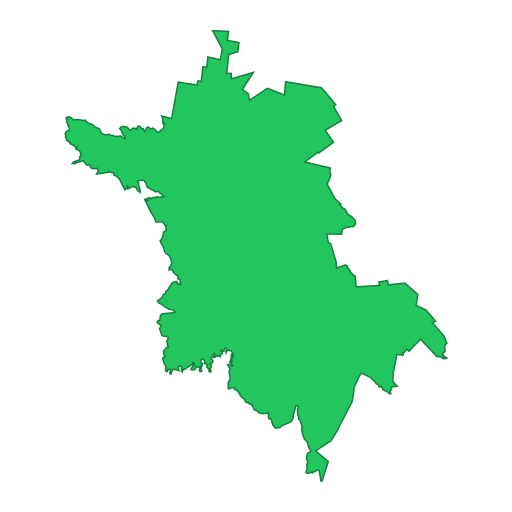 outline of Carichí, Chihuahua, Mexico
{"feature_id": "50627088B74180919977199", "entity_name": "Carichí", "entity_type": "district", "adm_level": 2, "iso_a3": "MEX", "parent_name": "Mexico", "parent_adm1": "Chihuahua", "projection": "robinson", "projection_center": [-107.184, 27.8], "detail": "fine", "context": "isolated", "style": "filled", "palette": "green", "viewbox_px": 512, "rotation_deg": 0, "n_neighbors": 0, "source": "geoboundaries", "source_scale": "gbopen_adm2", "svg_char_len": 6056}
<svg xmlns="http://www.w3.org/2000/svg" viewBox="0 0 512 512"><path d="M164.1,363.4L166.1,366.7L165.3,369.9L166.6,371.7L167.4,371.6L168.1,369.1L170.6,369.4L169.7,372.9L170.4,374.1L171.1,374.0L171.8,371.2L173.3,369.1L179.0,370.6L178.3,367.3L179.4,365.7L181.6,367.1L181.4,371.0L182.3,371.9L183.1,369.5L184.1,369.6L190.9,365.2L193.1,364.8L192.5,363.1L193.2,362.3L194.1,362.9L194.6,364.8L191.2,368.1L191.0,369.6L194.2,369.9L195.6,368.6L196.2,366.6L199.0,367.4L199.9,366.7L199.4,370.7L200.2,371.7L201.8,371.0L201.0,369.0L202.6,363.6L201.1,363.1L200.6,360.9L201.4,359.4L203.1,358.9L204.7,360.6L204.6,363.6L207.4,364.4L206.6,366.9L209.0,369.1L209.0,371.6L210.6,372.0L211.1,371.3L210.3,369.6L211.5,365.5L210.0,363.8L210.8,363.0L212.1,363.1L212.9,361.7L212.8,360.2L211.2,358.7L211.2,357.4L212.0,356.8L214.5,357.6L215.4,356.8L213.2,355.0L213.5,353.7L214.4,353.4L216.8,356.4L218.9,355.8L220.2,356.7L220.3,355.3L222.4,353.5L221.0,350.2L221.3,349.7L223.4,351.5L224.0,351.1L224.6,348.4L225.5,348.2L226.8,349.6L225.8,351.5L226.1,352.7L226.7,350.9L227.8,350.3L231.2,350.9L232.9,353.3L231.6,353.9L231.3,355.7L233.2,354.9L233.7,355.8L231.2,356.9L231.3,357.6L232.3,357.7L232.0,358.9L230.8,358.9L231.9,360.7L230.4,360.7L229.7,362.4L230.6,363.0L231.9,361.6L231.2,363.3L233.1,365.7L231.8,366.2L230.4,364.9L228.2,364.3L227.7,364.8L229.9,368.4L229.1,372.3L230.2,377.9L229.7,380.3L228.4,381.7L228.1,384.0L228.7,385.4L227.9,387.0L228.6,388.9L233.0,387.6L234.6,388.1L234.5,389.3L237.8,391.1L241.0,396.4L243.5,398.6L244.3,398.4L245.5,402.1L248.8,403.0L249.3,404.1L251.3,403.9L254.4,409.9L257.5,411.0L259.1,413.0L263.6,413.7L268.4,413.0L268.6,418.7L271.0,418.9L272.9,425.1L275.5,428.2L280.1,427.5L281.4,426.0L291.0,421.8L293.1,418.5L293.3,415.3L296.0,405.6L298.2,406.2L298.3,407.6L297.5,408.6L297.6,414.8L299.0,417.9L298.5,418.8L300.0,420.4L302.1,426.3L301.8,429.3L302.7,434.9L304.5,439.1L307.4,442.2L308.4,446.4L309.8,449.6L310.9,450.3L310.7,451.6L307.5,453.3L306.9,455.4L306.5,458.4L307.9,462.9L306.7,464.0L307.2,468.5L306.0,472.0L306.4,473.1L307.8,473.4L311.3,472.4L312.2,473.0L312.7,471.9L313.8,472.1L317.3,470.1L319.2,470.8L321.0,481.3L322.1,480.9L328.3,461.6L315.7,450.9L331.0,440.7L335.7,433.3L352.1,401.8L354.0,390.3L353.6,388.7L359.5,375.7L361.7,373.1L370.0,377.2L375.1,381.8L376.1,383.8L378.7,384.8L378.8,386.3L379.6,387.1L381.6,386.5L383.0,389.8L387.7,392.0L389.7,394.0L390.9,393.5L390.0,391.5L391.5,388.8L391.5,386.9L397.1,386.3L392.7,381.1L393.4,371.9L396.9,354.5L403.2,355.1L403.1,353.0L404.5,352.2L406.6,348.9L409.0,351.3L420.5,339.2L436.8,356.5L441.6,357.1L442.5,358.4L443.2,358.1L443.9,358.8L446.8,358.2L446.7,357.6L443.9,356.6L443.2,354.7L442.4,354.3L442.5,353.4L444.9,351.7L445.2,349.4L444.5,347.2L445.2,344.9L446.9,343.3L444.1,336.2L432.1,322.3L435.6,321.3L426.1,310.0L416.1,305.3L417.8,294.4L404.8,283.1L388.3,284.8L387.4,280.5L378.9,282.1L379.7,285.4L356.2,286.9L355.2,275.9L354.0,275.6L350.6,272.3L349.1,269.1L347.4,267.6L347.5,265.9L345.2,265.0L336.5,268.1L336.3,262.5L330.6,243.5L328.3,242.6L326.8,233.9L341.5,234.2L342.2,229.3L346.5,227.3L353.8,226.4L355.5,223.7L355.5,221.2L352.0,216.8L348.0,214.4L345.0,209.1L342.8,208.1L340.9,205.8L340.7,204.0L339.6,204.0L339.7,203.1L334.9,198.6L327.2,184.1L330.9,175.4L329.7,170.2L330.3,168.0L304.7,162.0L318.0,152.2L318.8,153.0L333.5,142.3L325.3,130.2L341.6,120.6L333.4,106.1L335.7,104.7L321.6,87.8L285.6,81.7L284.5,95.0L267.4,88.3L249.5,100.3L248.2,93.6L242.3,89.5L253.3,72.4L231.4,78.8L231.2,73.3L226.7,73.4L228.7,54.5L237.9,51.7L239.0,42.6L227.2,40.3L228.7,31.4L212.7,30.7L222.3,48.9L220.3,59.7L207.9,57.0L206.7,67.5L203.0,66.5L201.2,81.6L198.0,80.8L196.9,85.0L178.2,82.1L171.7,118.4L161.7,116.1L162.7,118.7L162.7,122.7L164.5,123.5L163.3,124.1L164.2,126.6L162.6,129.3L161.3,130.5L160.4,130.3L159.5,131.9L157.7,132.5L154.8,129.3L152.8,128.1L150.8,128.9L148.1,127.0L146.9,127.6L145.3,131.0L144.0,130.7L143.2,128.7L141.9,128.7L139.5,126.1L137.5,126.6L136.8,129.4L133.9,127.9L129.7,130.3L127.4,127.3L122.5,126.3L120.8,127.1L119.6,128.7L121.3,130.5L122.9,134.8L124.9,136.5L124.8,138.9L120.7,136.0L115.2,136.5L112.5,135.4L111.5,135.7L109.3,134.3L104.7,135.0L101.5,133.2L99.3,128.7L95.4,127.1L91.5,124.0L88.1,123.1L85.1,120.0L82.9,120.5L78.5,119.5L73.7,119.9L70.6,117.4L68.6,116.8L66.4,117.5L67.0,118.3L66.3,118.8L67.3,119.5L66.5,121.5L69.6,128.5L68.8,130.3L66.3,131.5L65.1,133.7L65.7,134.7L65.4,136.9L66.7,138.9L66.4,140.1L69.8,142.3L69.5,142.8L70.5,144.0L73.7,145.3L74.6,146.7L76.9,147.2L75.7,149.1L79.0,150.3L80.8,152.9L80.5,154.3L81.5,155.6L80.4,155.8L79.5,157.2L80.0,157.8L79.3,159.9L73.5,162.0L72.3,163.5L75.4,163.7L76.1,162.7L83.4,160.9L86.0,164.5L87.7,165.3L89.2,164.6L91.6,168.4L94.8,168.8L97.2,168.2L98.2,171.6L96.6,174.1L108.7,172.2L108.5,171.4L111.9,172.8L113.5,172.4L114.1,175.2L116.6,176.3L119.2,178.7L124.9,189.9L125.6,188.5L127.9,188.9L127.4,186.2L129.7,188.2L131.3,186.8L133.8,186.7L136.4,187.9L137.2,190.1L140.2,192.4L140.0,188.7L138.5,185.4L138.7,183.9L137.8,180.7L143.5,180.1L146.0,183.4L147.4,187.4L155.8,191.9L158.0,191.4L164.2,196.6L158.8,197.2L156.5,196.7L155.6,197.6L152.9,197.5L150.7,199.0L149.7,197.7L148.1,197.8L147.6,198.6L148.0,200.6L147.0,200.8L145.9,198.8L144.7,199.4L151.0,212.5L154.4,217.6L155.8,222.0L162.5,221.7L165.4,226.0L166.5,225.6L165.8,227.3L166.4,230.4L163.4,232.1L163.0,235.7L161.5,239.5L160.2,240.4L160.3,241.3L161.5,244.2L162.9,245.6L164.7,251.7L166.0,253.5L169.0,255.4L170.8,259.1L171.7,263.0L170.7,266.2L169.3,267.2L169.1,270.0L170.4,269.3L172.6,270.2L173.8,272.9L178.2,276.5L177.8,278.8L179.9,279.5L180.4,282.5L181.2,282.3L180.2,283.2L180.4,284.3L179.5,283.8L179.2,284.5L177.3,283.7L177.3,282.4L176.2,281.4L172.2,282.7L167.7,289.9L165.9,291.1L165.5,293.3L163.4,294.4L162.0,297.7L157.3,301.0L158.9,303.1L162.1,304.5L163.4,305.9L168.7,309.0L172.2,309.6L175.2,311.8L173.9,312.7L161.9,313.8L160.4,315.7L159.8,320.5L158.1,320.5L157.1,322.5L159.9,324.8L161.3,324.9L159.6,328.7L162.0,335.4L164.3,336.4L167.1,336.4L168.4,337.6L166.8,341.2L168.2,347.4L166.6,347.5L163.4,351.5L164.1,355.0L165.1,356.4L162.5,358.2L164.1,363.4Z" fill="#22c55e" stroke="#15803d" stroke-width="1.5"/></svg>